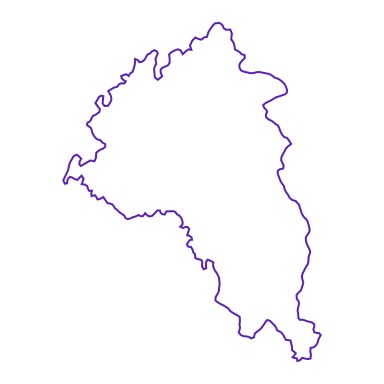 Abadia dos Dourados, Minas Gerais, Brazil (Robinson projection)
{"feature_id": "56859067B68751395619668", "entity_name": "Abadia dos Dourados", "entity_type": "district", "adm_level": 2, "iso_a3": "BRA", "parent_name": "Brazil", "parent_adm1": "Minas Gerais", "projection": "robinson", "projection_center": [-47.46, -18.373], "detail": "fine", "context": "isolated", "style": "outline", "palette": "violet", "viewbox_px": 384, "rotation_deg": 0, "n_neighbors": 0, "source": "geoboundaries", "source_scale": "gbopen_adm2", "svg_char_len": 5067}
<svg xmlns="http://www.w3.org/2000/svg" viewBox="0 0 384 384"><path d="M230.3,29.6L226.2,29.8L223.8,28.4L222.9,26.0L221.4,24.2L219.6,23.0L215.1,23.3L213.3,24.9L209.9,29.6L208.5,32.0L206.8,37.1L204.5,37.2L201.2,39.7L197.3,38.5L195.3,37.5L192.1,40.9L190.0,45.7L191.3,49.8L188.5,49.4L185.7,51.3L182.8,54.2L180.6,50.4L178.0,49.3L174.3,50.6L171.0,52.5L169.1,54.5L169.7,59.0L169.6,62.7L167.9,65.4L162.2,67.9L160.7,69.4L160.6,72.1L162.1,76.4L157.8,79.8L154.8,77.3L154.1,69.0L154.8,66.1L156.2,64.2L155.5,58.8L157.8,53.5L156.8,51.4L154.3,50.2L151.6,51.6L150.2,53.4L148.0,54.2L146.5,56.1L144.8,59.5L142.1,61.7L139.3,62.2L138.1,60.3L135.1,59.0L134.8,64.6L132.7,71.8L130.0,73.6L128.8,75.9L126.0,74.2L123.6,75.2L121.2,76.1L121.7,78.3L123.6,80.1L125.8,81.3L124.3,83.5L121.4,83.2L119.0,84.4L117.1,86.8L113.9,87.6L112.1,88.7L108.2,91.0L110.6,95.3L111.3,97.7L111.2,100.6L108.1,105.8L104.5,106.0L102.6,103.5L103.3,96.1L100.8,95.7L98.8,97.2L97.3,100.0L95.4,103.1L96.8,105.0L99.9,109.2L99.4,112.0L95.8,114.6L92.6,116.2L91.0,119.6L89.7,121.6L87.6,122.6L86.9,124.9L91.1,128.2L92.4,132.9L94.4,136.6L96.2,138.6L98.5,139.8L100.5,140.2L102.3,142.5L105.2,144.1L105.3,146.7L102.7,148.9L100.1,149.7L98.2,151.2L96.3,152.6L95.9,158.1L94.4,161.3L90.3,160.5L87.1,162.4L80.8,166.0L79.3,164.2L79.6,161.6L81.2,158.7L78.6,156.0L76.7,154.7L73.7,156.1L70.3,161.8L69.3,164.7L68.0,170.4L63.3,180.3L64.8,183.7L66.9,183.4L67.7,179.3L69.9,176.8L72.6,177.7L74.7,179.1L77.4,179.9L79.3,177.9L81.5,175.7L83.6,178.6L82.6,181.7L81.7,184.2L84.3,184.5L87.2,185.9L88.0,188.8L89.3,190.9L91.9,190.7L91.3,193.2L91.6,196.1L94.9,195.2L96.3,197.0L97.6,199.5L100.8,198.5L103.3,197.1L105.2,199.9L107.4,203.1L110.2,203.6L112.3,204.4L113.7,206.2L115.2,208.5L117.4,210.1L119.1,212.0L121.5,213.7L124.1,215.4L125.6,218.2L127.8,219.1L130.1,218.5L132.7,217.3L135.8,216.4L138.4,215.0L140.6,216.2L142.9,216.1L145.2,213.2L147.6,215.6L149.6,216.4L152.1,215.9L154.9,213.2L157.2,210.5L160.0,210.6L160.7,213.0L162.6,214.3L164.9,214.5L166.2,211.5L169.8,211.3L173.0,211.2L175.5,212.0L176.8,214.2L179.2,215.5L181.5,218.4L182.7,222.4L182.4,224.7L180.2,226.7L183.0,228.0L185.5,227.0L187.6,227.0L189.2,229.0L188.0,232.8L187.2,235.4L189.5,235.8L191.6,237.5L192.1,239.7L190.1,239.9L188.5,241.7L186.9,244.4L188.0,246.5L191.1,247.1L192.7,249.9L193.3,252.3L195.1,254.3L195.2,257.9L197.4,259.0L199.8,259.4L201.6,260.3L202.3,262.8L202.0,266.1L203.7,269.2L206.2,268.2L205.9,265.1L206.2,261.7L207.7,259.6L210.7,260.9L213.4,262.5L213.0,265.3L213.8,268.2L215.1,270.8L216.9,273.3L218.7,277.0L219.4,280.6L219.6,284.6L219.1,287.8L218.9,290.8L218.1,293.0L216.9,294.9L215.6,297.3L215.4,300.5L217.7,302.2L219.6,303.5L221.6,304.5L223.6,305.4L225.6,306.8L228.0,308.2L230.0,310.8L233.0,313.0L235.6,314.3L238.0,315.7L239.8,317.1L239.9,321.4L239.5,324.8L240.0,327.6L239.5,330.1L238.7,332.5L241.0,335.2L243.8,336.2L246.1,336.4L248.9,336.9L251.1,338.4L254.0,337.3L254.8,333.4L258.0,331.0L260.4,329.1L262.7,326.3L264.5,323.6L265.6,321.7L267.3,319.9L270.0,320.9L272.2,323.1L274.7,325.5L276.2,328.0L277.3,330.5L279.4,331.4L281.5,332.7L283.3,335.0L284.4,337.3L286.0,339.9L288.4,340.1L290.6,340.5L291.2,343.9L292.0,346.1L292.1,350.3L293.8,351.5L295.8,353.2L294.3,355.3L292.6,357.3L294.6,358.0L296.8,358.4L297.3,361.0L300.1,360.1L302.3,357.8L304.7,358.5L307.9,359.1L310.5,358.5L310.9,354.9L310.3,351.4L310.6,347.9L313.6,347.3L316.2,345.3L317.6,342.5L318.7,338.8L320.7,335.1L319.1,333.2L316.9,332.9L314.3,332.3L313.4,329.2L314.3,326.5L314.2,324.0L311.9,322.5L308.6,321.6L305.9,320.8L303.2,319.8L299.8,319.8L298.3,318.0L298.3,315.1L298.0,312.8L297.6,310.5L298.2,307.2L299.0,303.9L298.6,301.2L296.8,299.0L296.5,295.1L298.4,292.7L300.8,290.6L301.7,288.1L302.7,285.2L303.3,282.4L302.3,279.2L301.8,276.5L302.6,273.6L304.2,270.4L305.7,267.4L307.9,264.0L308.5,260.6L308.6,256.6L309.7,254.0L310.2,251.8L309.5,249.4L307.9,246.2L306.6,243.3L305.9,240.4L305.9,237.2L307.0,235.4L308.6,233.2L309.7,230.5L309.4,228.1L308.7,225.4L307.9,222.2L306.5,219.5L303.8,217.0L301.8,213.6L300.8,210.3L299.8,207.8L299.2,205.0L297.5,203.1L295.6,200.9L292.4,200.1L289.7,198.0L288.3,195.2L286.3,192.5L284.6,189.3L284.0,186.2L282.2,183.8L280.7,181.4L279.8,179.2L278.8,176.5L277.6,173.1L277.9,170.6L279.8,169.3L283.2,168.5L283.7,165.6L282.4,162.9L281.2,160.4L281.4,157.2L282.8,154.4L284.5,151.3L285.8,148.8L287.5,146.8L289.1,145.6L291.1,143.9L289.4,141.1L287.2,138.1L284.0,136.9L281.7,134.1L280.1,130.7L279.2,128.0L278.1,125.7L275.9,124.2L274.0,122.7L271.9,121.0L268.6,119.4L266.2,117.5L265.9,114.7L267.2,111.7L266.1,109.6L264.2,107.9L263.1,105.1L265.5,103.1L268.1,101.7L271.0,100.4L273.4,98.9L276.3,97.2L279.0,96.4L282.2,95.3L285.1,94.3L286.8,92.7L287.1,90.2L286.1,87.2L284.6,84.2L282.5,81.9L280.3,80.2L278.5,79.0L276.7,78.3L274.3,77.4L271.8,75.4L269.7,74.2L267.0,73.5L264.1,73.0L261.1,72.3L258.1,72.0L255.9,72.4L253.2,73.1L249.9,73.1L247.5,72.5L244.4,71.8L240.9,70.4L239.4,67.4L239.4,64.8L240.5,62.5L242.6,60.2L244.8,58.0L244.5,55.0L241.6,54.3L239.9,52.3L237.5,50.8L234.9,49.4L234.6,46.8L234.0,44.2L233.0,41.7L231.2,39.5L231.4,37.1L231.9,33.7L230.3,29.6Z" fill="none" stroke="#5b21b6" stroke-width="2"/></svg>